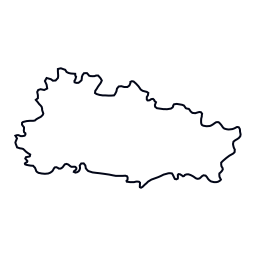 Shklow, Mogilev, Belarus (Natural Earth projection)
{"feature_id": "67162791B50878075194487", "entity_name": "Shklow", "entity_type": "district", "adm_level": 2, "iso_a3": "BLR", "parent_name": "Belarus", "parent_adm1": "Mogilev", "projection": "natural_earth1", "projection_center": [30.382, 54.184], "detail": "fine", "context": "isolated", "style": "outline", "palette": "ink", "viewbox_px": 256, "rotation_deg": 0, "n_neighbors": 0, "source": "geoboundaries", "source_scale": "gbopen_adm2", "svg_char_len": 4542}
<svg xmlns="http://www.w3.org/2000/svg" viewBox="0 0 256 256"><path d="M156.0,102.2L154.7,101.2L154.1,99.9L153.0,98.9L151.3,99.1L149.8,100.1L149.0,100.4L147.5,100.4L146.8,99.4L146.8,98.5L146.8,97.0L147.9,95.3L148.3,92.9L146.8,91.9L142.6,90.8L140.7,89.5L139.4,87.6L138.5,86.3L136.0,83.6L133.6,81.5L131.9,81.2L130.4,81.9L130.4,83.0L129.4,85.5L127.4,87.0L124.2,87.0L121.3,86.2L118.7,86.5L117.0,88.6L116.4,91.4L115.1,94.0L114.0,95.4L111.0,95.6L108.5,95.6L105.1,95.4L102.7,95.4L99.5,94.9L96.5,94.0L95.0,93.0L95.3,90.8L96.8,88.7L97.9,86.8L99.1,85.1L100.4,83.4L101.2,81.9L101.8,80.5L100.7,78.5L100.0,77.6L98.1,75.5L96.2,75.5L94.6,76.1L92.9,76.2L90.6,76.1L89.1,75.7L88.1,74.4L86.9,73.1L84.0,73.2L82.6,75.0L81.9,76.8L81.8,78.5L81.5,80.3L79.8,81.8L78.5,82.8L76.4,82.9L74.6,82.3L74.4,81.0L75.3,79.5L75.7,78.2L76.1,76.7L75.3,75.7L75.2,73.8L70.9,73.5L68.6,73.0L66.6,72.0L65.2,69.8L60.9,68.3L59.5,68.6L57.9,69.0L57.9,71.5L58.2,76.0L57.9,78.0L55.6,80.5L52.9,80.7L50.9,79.2L46.6,78.0L44.9,81.0L46.6,84.7L47.2,88.5L44.2,90.0L40.6,89.2L38.2,90.0L37.2,92.0L37.9,95.2L37.9,98.2L35.8,99.9L37.7,102.1L39.1,104.0L40.5,105.4L41.6,106.7L42.1,108.5L42.1,109.9L42.5,111.2L42.8,112.0L43.3,113.5L42.9,114.7L41.8,115.9L40.7,116.9L38.5,118.0L36.4,119.2L34.9,120.5L33.2,120.8L29.9,120.8L26.6,121.1L23.0,122.0L22.1,122.7L22.0,124.6L22.7,125.7L24.0,127.3L24.0,128.8L23.8,130.5L24.1,132.2L25.4,133.3L25.4,134.6L24.6,135.7L22.6,136.1L20.6,136.1L19.3,135.5L18.2,135.1L16.9,135.2L15.4,135.7L16.2,137.1L17.0,138.4L16.4,139.8L15.7,141.5L15.4,142.6L15.8,144.0L16.4,145.5L17.1,147.4L19.9,148.3L21.9,148.6L23.2,149.0L24.3,150.0L25.9,151.6L27.9,153.1L30.2,154.5L29.8,156.3L29.1,156.6L27.3,156.9L25.9,157.2L25.3,158.6L26.3,159.7L27.4,161.1L27.1,162.0L25.8,162.7L24.9,163.4L25.1,164.3L26.3,164.8L28.7,165.3L30.5,165.6L32.0,165.7L33.2,165.8L34.0,166.8L34.9,167.6L35.6,169.2L36.3,171.2L37.1,172.0L38.6,172.9L39.8,173.1L41.7,173.5L44.9,173.8L48.2,173.5L50.4,172.6L52.3,171.2L53.1,170.0L54.0,168.3L54.8,167.4L56.3,167.2L57.7,167.8L58.8,168.6L60.2,168.6L60.3,168.6L61.4,168.2L62.3,167.5L63.1,166.7L63.8,165.6L64.9,164.3L66.6,163.9L68.4,164.6L69.9,165.9L71.3,166.8L72.6,166.8L74.4,166.7L75.4,166.9L76.4,168.1L76.2,169.4L75.2,170.4L74.1,171.1L73.8,171.9L75.4,172.6L77.1,172.2L78.6,171.3L79.4,170.2L80.0,168.6L80.0,167.2L79.7,165.6L81.2,163.5L83.7,163.4L85.3,165.4L85.7,167.4L85.8,168.3L87.0,169.8L88.2,171.0L90.0,171.6L92.5,172.4L95.6,172.8L99.3,173.2L104.5,173.9L109.3,174.6L113.2,175.4L116.0,175.9L118.9,175.9L122.2,175.9L123.9,175.8L125.3,175.7L127.1,176.3L127.6,177.5L127.6,179.2L127.3,180.1L126.5,180.9L126.8,181.7L129.9,182.1L132.3,182.1L134.1,182.1L136.2,181.6L137.8,181.6L139.1,181.8L140.0,182.7L139.9,184.9L139.8,186.5L139.9,187.2L141.0,187.7L142.5,186.9L143.9,185.5L145.4,184.1L146.2,183.5L148.1,181.6L151.4,179.6L155.0,178.3L158.3,177.1L160.8,176.0L163.6,174.6L166.2,173.9L168.3,173.3L169.9,173.2L171.9,173.4L172.8,174.7L173.6,176.4L174.4,178.0L174.8,178.9L176.4,179.3L177.8,178.6L177.9,177.7L177.9,176.4L177.8,175.0L178.5,174.1L180.1,174.3L182.1,175.6L183.0,176.3L184.2,175.9L184.8,175.0L186.4,174.4L188.4,174.3L190.5,175.0L192.7,176.1L194.4,177.2L195.7,178.2L197.3,178.8L198.5,178.7L199.6,178.4L200.9,177.3L202.1,176.1L203.5,175.3L205.6,175.6L207.1,177.3L207.9,178.7L209.3,180.2L210.8,181.3L211.7,181.6L213.9,182.1L216.4,182.1L217.9,181.8L219.4,181.0L220.5,180.2L220.9,179.5L220.7,179.2L220.2,178.2L219.5,176.8L219.3,174.7L219.4,173.4L220.6,172.4L222.1,170.7L222.8,169.3L222.5,167.9L221.5,166.4L221.2,164.7L221.2,162.6L222.9,160.9L226.3,158.0L229.5,155.6L231.3,154.6L233.1,153.6L234.2,152.6L234.7,151.9L234.6,151.1L234.8,149.6L234.2,148.5L233.7,147.3L233.3,145.7L233.0,144.0L233.5,141.6L235.3,140.2L237.1,139.2L238.7,138.1L239.7,137.0L240.3,136.1L240.6,134.3L240.3,133.0L240.0,131.4L240.0,130.3L239.8,129.0L238.8,127.3L237.6,127.0L236.7,127.1L235.1,128.0L233.8,128.6L232.3,129.1L229.7,129.4L228.4,129.5L226.5,129.2L224.3,128.6L223.0,127.5L222.1,126.2L221.2,124.9L219.7,123.2L218.6,122.2L217.1,122.1L216.0,122.3L214.9,123.0L213.8,123.8L212.8,124.5L211.3,125.4L209.8,126.0L207.1,126.2L206.2,126.2L203.3,125.7L201.9,124.9L201.3,123.7L201.1,122.2L201.1,120.6L201.2,118.7L201.8,116.4L201.8,115.3L202.1,113.7L200.9,112.2L199.3,112.0L197.8,112.4L195.2,113.2L192.4,112.9L190.6,111.4L189.8,110.1L188.8,108.9L187.0,108.6L185.8,108.2L185.2,107.3L183.9,105.5L182.1,104.8L179.8,104.4L176.7,103.9L174.0,104.3L173.2,105.5L173.1,106.5L172.6,107.4L170.9,108.6L167.1,109.2L163.2,109.1L161.1,108.8L156.9,108.2L155.1,106.7L154.9,105.0L156.0,102.2Z" fill="none" stroke="#020617" stroke-width="2"/></svg>